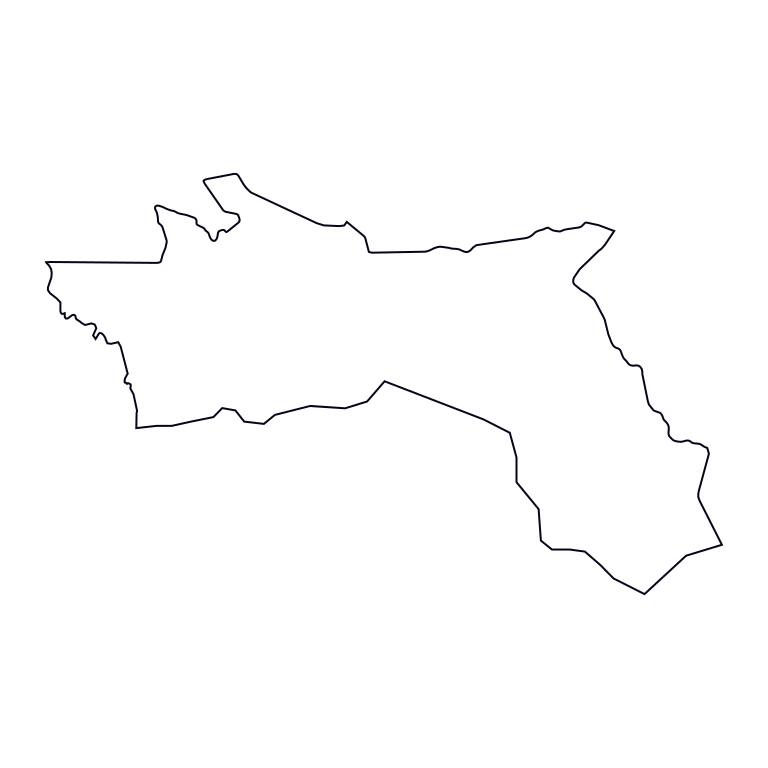 the border of Hadjer-Lamis
{"feature_id": "TCD-1464", "entity_name": "Hadjer-Lamis", "entity_type": "Prefecture", "adm_level": 1, "iso_a3": "TCD", "parent_name": "Chad", "parent_adm1": "", "projection": "orthographic", "projection_center": [15.964, 12.449], "detail": "fine", "context": "isolated", "style": "outline", "palette": "ink", "viewbox_px": 768, "rotation_deg": 0, "n_neighbors": 0, "source": "natural_earth", "source_scale": "10m", "svg_char_len": 4110}
<svg xmlns="http://www.w3.org/2000/svg" viewBox="0 0 768 768"><path d="M62.9,313.9L61.6,313.7L60.8,312.7L60.4,310.7L60.4,302.4L56.6,298.4L50.1,293.3L47.9,290.1L48.0,287.3L51.4,277.3L51.7,272.8L51.1,269.2L49.3,265.9L46.3,262.6L46.1,262.2L50.3,262.0L157.0,262.9L158.9,262.6L160.3,262.1L161.1,260.7L162.4,255.5L165.5,247.7L166.6,242.7L166.7,241.3L166.5,240.1L162.6,227.5L162.1,226.5L161.5,225.6L160.7,224.8L159.0,223.5L158.4,222.6L158.0,221.4L157.8,217.3L157.1,213.5L156.3,211.4L155.3,209.4L155.0,208.3L155.1,207.1L155.7,206.2L156.8,205.7L158.5,205.6L162.8,207.0L166.2,208.7L170.7,210.4L173.3,210.9L174.4,211.3L175.5,211.7L176.4,212.3L177.9,213.1L180.0,213.7L186.5,215.0L193.8,217.6L194.8,218.1L195.6,218.7L196.1,219.6L196.5,220.6L196.5,223.0L196.6,224.0L197.2,224.7L198.1,225.3L203.3,227.8L204.2,228.5L205.4,230.3L206.2,231.1L207.1,231.7L207.9,232.4L208.5,233.2L210.1,237.6L210.7,238.6L211.3,239.4L212.1,240.2L213.0,240.7L214.1,240.9L215.2,240.6L216.5,239.1L217.1,237.7L217.5,236.3L217.9,233.5L218.3,232.3L218.8,231.4L219.6,230.9L220.3,230.6L222.0,230.0L223.1,229.9L224.2,230.1L225.8,231.8L226.6,232.0L227.7,231.3L238.7,222.4L239.3,221.5L239.6,220.5L239.6,219.3L238.5,216.0L238.0,215.0L237.2,214.3L236.1,213.9L225.7,211.8L224.6,211.3L223.7,210.7L223.0,210.0L204.6,183.5L203.5,181.1L204.5,179.9L206.8,179.1L234.0,173.9L236.4,174.0L237.8,175.0L238.6,176.0L243.7,184.6L246.3,188.0L250.1,191.8L252.0,193.0L277.5,204.9L316.6,223.1L323.8,225.4L339.1,226.1L344.2,225.5L346.8,221.9L364.3,236.4L365.3,238.2L368.9,251.9L371.7,252.7L424.6,251.7L426.7,251.4L429.9,250.3L434.1,248.2L437.5,247.1L439.2,246.8L441.3,246.8L449.2,247.9L451.6,248.6L456.7,248.9L459.5,249.5L462.6,251.0L464.9,251.8L466.2,252.1L467.7,251.9L469.5,251.0L470.7,250.1L473.0,247.6L474.7,246.3L476.6,245.1L525.9,238.1L528.3,237.4L530.3,236.4L532.1,235.2L535.3,232.3L536.8,231.5L539.0,230.6L543.4,229.4L545.4,228.4L547.1,227.8L548.3,227.8L551.4,229.6L553.2,230.5L558.5,231.4L560.3,231.4L564.0,229.9L566.4,229.3L578.7,227.5L580.4,227.0L581.6,226.3L584.6,223.3L585.3,222.7L587.2,222.7L598.7,225.2L614.2,231.0L604.9,244.9L601.6,248.6L598.6,250.9L579.6,269.3L574.0,277.5L573.6,278.7L573.3,280.0L573.2,281.7L573.5,283.0L574.1,284.0L574.8,284.8L581.5,290.3L586.6,293.3L593.1,298.6L594.6,300.2L603.9,317.9L604.8,320.0L608.3,334.2L611.3,342.1L612.7,344.7L613.3,345.6L614.0,346.4L614.9,347.1L615.9,347.7L618.1,348.5L619.1,349.1L619.9,349.7L620.7,351.1L622.7,356.4L623.6,358.1L624.6,359.3L626.3,361.0L628.1,363.3L628.8,364.2L629.7,364.8L630.8,365.3L632.0,365.6L633.3,365.7L636.1,365.4L637.5,365.5L638.9,365.9L640.3,366.9L641.8,369.1L642.3,371.2L642.3,373.9L647.9,401.4L648.9,404.5L652.9,409.6L653.6,410.3L654.6,410.9L659.9,412.8L660.7,413.3L661.4,414.3L662.2,415.6L663.5,419.1L664.2,420.2L666.4,422.3L667.9,424.5L668.5,426.1L668.8,427.7L668.5,433.8L668.9,435.3L669.4,436.4L672.4,439.5L673.3,440.2L674.3,440.7L675.5,441.1L678.1,441.6L680.7,441.8L682.0,441.7L683.2,441.4L685.5,440.8L686.7,440.5L688.0,440.5L689.2,440.8L690.1,441.3L691.9,442.6L692.9,443.0L694.0,443.3L698.6,443.7L699.8,444.0L700.9,444.5L702.8,445.7L703.7,446.4L705.5,447.3L707.3,448.0L708.9,453.8L698.9,490.6L698.3,493.7L698.3,497.1L699.7,500.9L721.9,544.8L686.1,555.7L644.5,594.1L613.6,578.5L600.4,565.1L584.9,551.6L569.5,549.5L551.9,549.5L540.9,540.6L538.6,509.1L527.6,495.7L516.5,482.2L516.5,457.5L509.8,432.8L483.5,419.4L384.6,381.3L367.1,401.5L345.1,408.3L310.0,406.0L274.9,414.9L263.9,423.9L244.2,421.6L235.4,410.4L222.2,408.1L213.4,417.1L191.5,421.5L171.7,425.9L156.3,425.9L136.3,428.1L136.6,412.8L137.1,410.9L133.5,394.2L130.5,388.8L130.4,387.8L130.8,385.3L130.5,384.4L129.5,383.7L128.1,383.2L127.2,383.3L127.6,384.4L125.8,382.7L124.9,382.6L124.6,382.2L124.7,379.7L125.1,378.3L126.9,374.9L127.7,373.7L120.7,346.7L118.2,342.2L111.1,343.8L107.4,343.3L105.8,339.8L105.2,337.7L103.8,335.5L102.0,333.6L100.0,332.9L98.9,333.6L95.6,339.0L93.1,335.4L96.3,328.2L94.8,324.6L91.4,323.4L85.1,325.0L81.6,323.0L80.2,321.7L76.5,319.3L75.7,318.0L75.6,316.6L75.2,315.5L73.6,314.8L72.2,315.1L68.0,318.3L66.0,318.6L65.0,317.4L64.7,315.3L64.7,313.2L62.9,313.9Z" fill="none" stroke="#020617" stroke-width="2"/></svg>